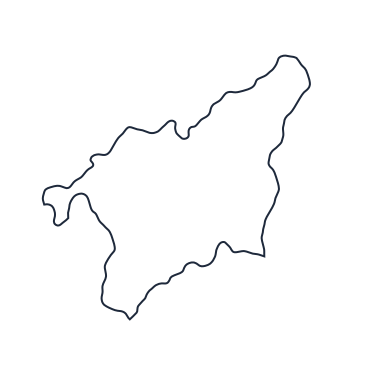 outline of Pedro Brand, Santo Domingo, Dominican Republic, rotated 73°
{"feature_id": "3306468B67900396339745", "entity_name": "Pedro Brand", "entity_type": "district", "adm_level": 2, "iso_a3": "DOM", "parent_name": "Dominican Republic", "parent_adm1": "Santo Domingo", "projection": "robinson", "projection_center": [-70.09, 18.624], "detail": "fine", "context": "isolated", "style": "outline", "palette": "slate", "viewbox_px": 384, "rotation_deg": 73, "n_neighbors": 0, "source": "geoboundaries", "source_scale": "gbopen_adm2", "svg_char_len": 5266}
<svg xmlns="http://www.w3.org/2000/svg" viewBox="0 0 384 384"><g transform="rotate(73 192 192)"><path d="M94.4,52.9L93.4,54.1L92.5,55.4L91.0,58.6L89.1,62.3L88.8,63.1L88.4,64.9L88.4,66.6L88.4,67.5L88.9,69.1L89.3,69.8L89.8,70.4L92.3,72.2L94.4,73.9L96.3,76.0L98.0,78.3L98.9,79.9L99.9,82.5L101.4,85.6L102.0,87.2L102.4,89.0L103.0,94.4L103.3,96.1L103.6,96.8L104.0,97.5L104.5,98.1L106.8,99.9L107.9,101.0L108.8,102.3L109.5,104.0L109.9,105.8L110.2,108.7L110.2,113.6L110.0,117.5L109.8,119.5L109.4,121.3L108.8,122.9L107.8,125.1L107.3,126.7L107.1,128.4L107.3,130.2L107.7,131.1L108.6,132.7L111.3,136.4L112.3,138.0L113.0,139.7L114.2,145.0L114.5,145.9L115.4,147.3L115.9,148.0L117.1,149.1L118.4,150.0L120.5,151.2L121.8,152.2L122.9,153.4L123.7,154.9L124.3,156.6L125.0,160.1L125.5,161.9L126.4,163.6L129.3,168.1L130.0,169.6L130.1,171.0L129.7,173.4L129.8,174.1L130.3,175.4L131.2,176.5L132.4,177.3L133.8,177.8L136.7,178.5L137.3,178.8L137.9,179.2L138.4,179.9L138.8,180.6L139.1,182.2L138.9,183.9L138.6,184.7L138.2,185.4L137.7,186.0L133.8,188.4L131.6,189.5L130.8,189.7L129.0,189.8L126.5,189.6L124.9,189.1L122.5,187.9L121.8,187.7L121.2,187.6L120.5,187.7L119.8,188.0L118.7,189.0L118.2,189.7L117.9,190.4L117.7,191.3L117.6,192.2L117.9,193.9L118.5,195.4L120.1,198.3L121.6,201.6L123.2,204.6L123.9,206.2L124.2,207.1L124.4,208.9L124.4,210.8L124.3,211.8L123.8,213.6L123.0,215.3L118.5,221.3L116.0,226.1L112.4,231.2L111.7,232.7L111.6,233.6L111.7,234.5L112.0,235.3L112.8,236.8L115.9,241.1L117.9,245.2L118.9,246.9L121.3,249.9L128.6,257.7L129.7,259.2L130.6,260.9L130.9,261.8L131.1,262.7L131.1,264.5L130.6,266.1L128.9,269.8L128.6,270.6L128.3,272.4L128.2,274.3L128.3,275.2L128.8,276.9L129.1,277.7L130.2,278.8L131.4,279.6L132.1,279.7L132.7,279.6L134.8,278.7L136.0,278.4L136.7,278.4L137.3,278.6L137.9,278.9L138.4,279.5L139.0,280.8L139.8,284.0L140.5,285.7L141.4,287.3L144.6,292.0L145.5,293.7L146.0,295.5L146.8,299.1L147.4,300.9L148.2,302.5L150.8,306.1L151.6,307.6L151.8,308.4L151.9,309.2L151.8,310.1L151.6,310.9L150.7,312.3L148.6,315.1L147.6,316.6L147.2,317.5L146.6,319.3L146.2,322.1L146.1,326.0L146.2,328.8L146.6,330.5L146.9,331.3L147.3,332.0L148.5,333.1L152.4,335.6L153.9,336.3L154.7,336.6L156.4,336.9L160.8,337.0L161.3,334.4L161.6,333.6L162.4,332.1L163.5,330.9L164.2,330.3L164.9,329.9L166.6,329.3L168.3,329.1L170.0,329.1L171.8,329.2L173.5,329.6L175.1,330.2L178.5,332.2L179.9,332.7L181.5,332.8L182.3,332.6L183.6,331.8L184.6,330.6L184.9,329.9L185.0,329.1L185.0,328.3L184.6,326.9L183.7,324.8L182.1,320.6L180.8,318.0L175.7,316.6L171.5,314.2L168.4,312.8L166.8,311.7L165.4,310.5L164.1,309.1L162.9,307.7L161.8,306.0L161.1,304.2L160.8,302.4L160.8,300.5L161.1,298.6L161.4,297.7L162.3,296.2L163.5,295.0L164.9,294.1L165.8,293.8L167.6,293.4L170.3,293.3L176.9,293.4L178.7,293.3L180.3,293.0L181.7,292.4L183.8,290.8L185.2,290.2L186.9,289.9L191.4,289.3L193.2,288.8L194.7,288.1L197.5,286.5L200.6,285.0L204.1,283.0L205.8,282.4L206.8,282.2L209.8,281.8L213.9,281.7L219.0,281.7L222.0,282.0L223.7,282.4L224.5,282.8L225.3,283.3L226.2,284.4L228.5,288.0L231.4,291.6L234.6,295.0L236.8,296.7L237.6,297.1L239.2,297.6L245.3,298.3L247.0,298.7L247.8,299.0L249.9,300.3L253.7,303.7L255.8,305.1L257.4,305.7L260.7,306.5L262.3,307.1L265.8,309.0L267.4,309.6L269.1,309.9L270.8,310.0L272.5,309.7L274.2,309.0L276.3,307.3L278.2,305.4L280.7,302.5L282.4,300.3L283.8,297.9L285.2,294.7L286.1,293.3L287.2,292.1L288.5,291.2L289.3,290.8L293.9,289.6L295.6,288.7L293.6,284.7L291.2,280.3L290.1,279.3L286.8,277.9L285.6,277.1L284.7,275.9L281.8,271.1L280.7,269.0L279.8,267.7L276.8,265.3L275.2,263.5L273.8,261.4L272.8,258.9L271.3,255.8L270.7,254.2L270.5,253.3L270.2,250.5L270.5,247.8L271.7,244.2L271.8,243.5L271.8,242.8L271.7,242.1L271.4,241.4L270.6,240.3L269.7,239.3L268.1,238.0L267.6,237.4L266.9,235.9L266.5,233.2L266.1,227.3L265.7,225.5L265.4,224.7L265.0,224.0L264.5,223.4L262.2,221.6L260.6,219.9L259.8,218.4L259.5,217.5L259.2,215.7L259.2,213.9L259.3,212.9L259.8,211.2L260.2,210.4L261.7,208.6L264.6,206.4L265.1,205.8L265.9,204.4L266.3,202.7L266.5,200.9L266.4,198.1L266.0,196.2L265.7,195.3L264.8,193.6L263.7,192.0L261.7,190.0L260.3,188.7L258.7,187.7L254.8,185.8L253.4,184.7L251.3,182.9L249.6,180.8L248.9,179.1L248.8,178.3L248.8,177.4L249.0,176.6L249.3,175.8L249.8,175.2L250.4,174.8L255.0,172.3L256.5,171.7L258.7,171.2L260.2,170.7L260.8,170.4L261.4,169.9L261.9,169.2L262.2,168.5L262.6,166.9L263.2,161.6L263.6,159.8L264.0,158.9L264.9,157.3L268.7,151.9L270.6,147.7L271.4,146.3L274.7,141.7L272.6,141.1L269.7,140.2L268.0,139.8L265.4,139.6L259.1,139.3L256.5,138.9L255.0,138.3L251.5,136.2L248.4,134.8L244.2,132.2L241.2,130.7L239.7,129.6L237.6,127.7L230.3,119.8L227.5,117.2L226.0,116.1L222.3,114.0L216.7,109.2L215.1,108.2L214.3,107.9L211.6,107.4L208.8,107.2L202.1,107.2L197.5,107.4L194.8,107.9L193.2,108.5L190.5,110.0L189.0,110.4L188.2,110.5L187.3,110.5L185.8,110.0L179.4,106.6L178.1,105.5L176.5,103.5L175.7,102.0L174.4,98.7L171.8,93.6L170.9,92.3L170.3,91.7L165.7,88.7L164.3,88.0L162.6,87.5L158.4,86.6L156.8,86.0L153.3,84.0L150.3,82.5L149.7,82.0L148.5,80.9L147.0,78.8L145.2,74.8L143.6,72.4L141.2,69.5L134.0,61.6L131.5,58.7L130.4,57.2L129.4,55.7L128.0,52.4L127.2,50.9L126.2,49.6L125.6,49.0L124.2,48.1L123.4,47.7L121.7,47.3L119.1,47.0L113.7,47.0L109.2,47.3L106.7,48.0L103.1,49.9L101.6,50.5L97.5,51.7L94.4,52.9Z" fill="none" stroke="#1e293b" stroke-width="2"/></g></svg>